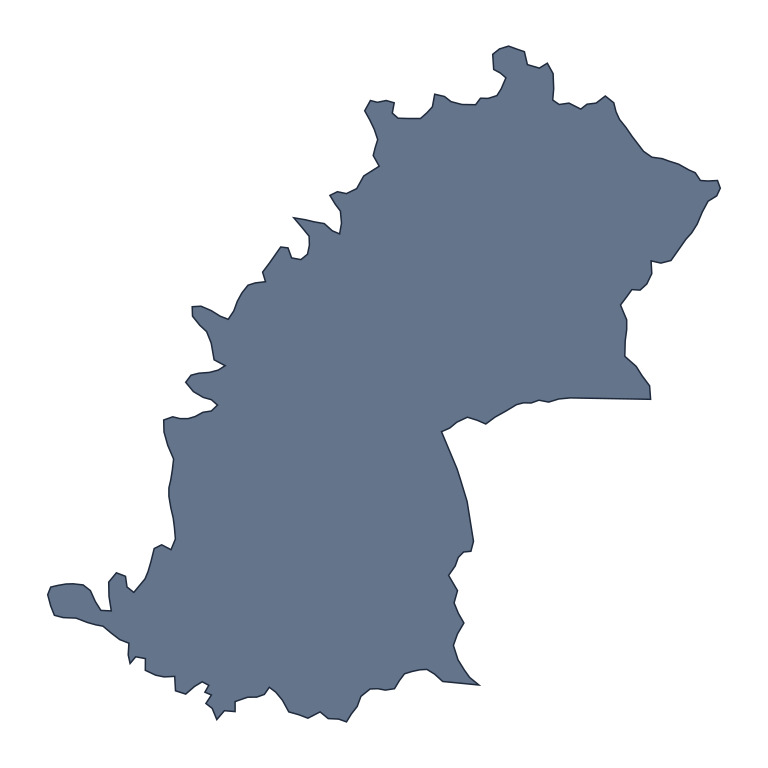 Arroio do Tigre, Rio Grande do Sul, Brazil (Robinson projection)
{"feature_id": "56859067B46715985023238", "entity_name": "Arroio do Tigre", "entity_type": "district", "adm_level": 2, "iso_a3": "BRA", "parent_name": "Brazil", "parent_adm1": "Rio Grande do Sul", "projection": "robinson", "projection_center": [-53.063, -29.255], "detail": "fine", "context": "isolated", "style": "filled", "palette": "slate", "viewbox_px": 768, "rotation_deg": 0, "n_neighbors": 0, "source": "geoboundaries", "source_scale": "gbopen_adm2", "svg_char_len": 3373}
<svg xmlns="http://www.w3.org/2000/svg" viewBox="0 0 768 768"><path d="M524.4,51.7L517.1,49.2L508.6,46.1L499.5,48.9L492.7,54.3L493.7,69.5L500.3,73.0L505.9,77.8L501.2,88.8L496.9,95.6L488.1,98.4L480.5,98.2L475.6,104.7L462.0,104.5L451.0,101.6L444.5,96.5L434.7,94.2L432.4,106.8L426.9,112.8L420.5,118.5L408.6,118.5L398.1,118.2L392.3,113.1L394.2,102.8L386.2,100.5L377.4,102.3L370.4,100.5L364.7,110.8L369.7,119.8L374.3,129.4L377.7,139.6L375.2,147.6L373.2,155.5L379.2,166.2L363.7,176.0L356.7,188.6L346.4,193.6L337.4,191.7L329.9,195.4L335.3,204.3L340.4,211.1L341.5,223.2L339.6,233.9L332.3,230.8L324.3,223.6L314.0,221.8L305.2,219.7L293.8,217.8L302.9,228.6L309.1,236.2L309.4,245.1L307.5,254.2L300.9,259.6L291.6,257.9L288.0,247.9L280.7,247.0L275.3,254.7L269.4,263.1L262.6,272.1L265.5,281.7L255.3,282.9L248.0,285.2L241.9,292.9L237.3,301.3L233.8,310.9L228.2,319.3L220.2,316.2L211.4,310.7L201.0,306.2L192.2,306.7L192.5,316.2L199.8,325.3L206.6,331.6L211.2,343.1L214.1,359.8L225.1,365.7L218.2,370.1L209.5,372.4L198.8,373.2L191.0,375.2L185.7,382.3L193.4,391.6L203.2,397.4L211.4,399.7L217.5,405.1L211.3,411.0L202.9,412.3L195.2,416.5L188.1,418.6L180.0,418.6L172.7,416.8L163.7,420.0L164.0,432.0L167.8,445.5L173.6,459.0L172.3,470.2L170.8,479.7L168.9,487.9L168.9,496.3L170.8,507.7L173.2,518.0L174.4,527.3L175.4,539.0L171.0,549.7L161.7,544.8L154.2,548.5L151.0,561.4L148.1,571.4L145.0,578.9L133.8,592.4L127.0,587.0L125.5,576.3L116.4,572.8L108.7,582.1L109.0,596.4L111.3,610.9L100.9,610.4L95.3,601.5L90.4,590.6L83.1,584.9L73.1,583.8L66.0,584.0L57.8,585.4L50.7,587.1L47.7,594.7L50.7,606.0L54.4,615.3L63.2,617.6L76.0,618.1L87.4,622.5L95.7,624.8L103.0,626.2L111.1,633.0L119.7,639.6L128.9,643.2L128.2,654.9L130.1,663.5L135.7,656.8L145.4,658.6L145.3,670.3L155.7,675.2L164.0,676.9L174.7,676.4L175.5,690.8L185.7,694.1L194.6,686.4L202.2,681.8L208.8,685.3L204.9,692.2L211.4,695.0L205.9,703.5L212.2,708.4L216.8,719.6L224.4,710.7L235.1,711.6L235.1,701.6L247.6,697.2L256.8,697.1L264.4,694.4L269.3,687.3L275.8,692.2L282.4,700.2L288.8,711.9L298.7,714.7L307.9,718.2L320.1,711.9L328.2,718.6L338.7,719.1L346.5,721.9L351.4,713.9L357.2,706.5L360.9,696.4L370.1,689.0L377.7,688.7L385.3,690.1L394.5,688.7L399.4,680.6L404.5,673.8L412.0,671.5L419.8,669.8L426.9,669.4L434.6,674.1L442.7,681.5L478.9,685.0L469.7,677.5L464.4,670.1L458.0,659.8L453.4,645.4L457.5,633.9L463.9,623.0L458.3,613.2L454.1,602.9L457.5,590.6L448.6,575.4L455.2,566.0L458.3,557.4L463.6,552.0L470.9,551.3L473.5,541.3L467.1,501.4L460.5,479.7L457.1,469.0L446.4,443.4L441.5,431.7L449.8,428.0L456.8,422.2L467.4,417.2L477.3,420.3L485.8,424.0L494.9,417.2L506.0,411.0L516.6,404.6L523.6,402.8L531.2,403.0L538.9,400.2L548.7,402.1L558.7,399.0L570.2,397.9L650.6,399.3L649.6,385.8L641.9,375.5L636.2,366.4L624.8,356.3L625.2,340.9L626.7,329.6L626.7,319.8L623.6,312.5L620.5,305.0L627.0,296.4L631.9,289.6L640.1,290.1L646.8,284.0L651.8,273.6L651.1,260.9L660.9,263.1L671.0,260.5L678.6,249.7L685.9,239.3L691.6,233.0L697.2,224.1L702.3,212.0L708.1,201.2L716.7,195.9L720.3,188.2L717.5,180.5L708.1,181.0L700.4,180.5L695.3,172.8L688.6,169.8L678.7,164.2L669.0,161.1L662.1,158.6L651.9,157.2L643.5,151.3L638.0,144.1L632.1,136.4L626.0,127.5L619.5,119.4L616.0,111.7L613.8,102.8L605.3,96.0L596.1,103.1L587.0,104.2L580.8,109.1L569.0,103.1L559.2,104.5L552.7,100.0L553.7,88.8L553.1,73.6L547.3,63.2L539.3,68.1L527.4,64.6L524.4,51.7Z" fill="#64748b" stroke="#1e293b" stroke-width="1.5"/></svg>